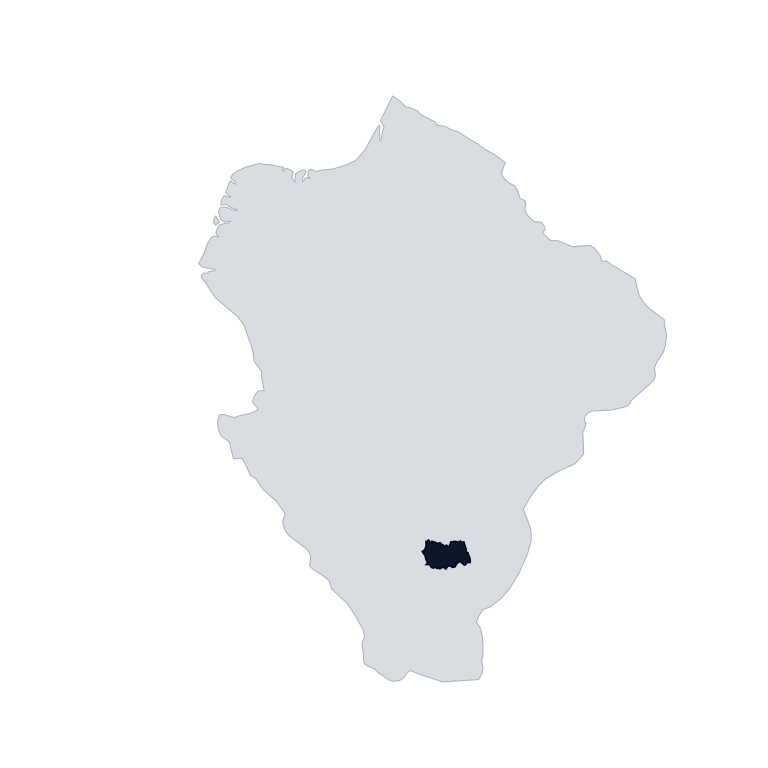 Fune, Yobe, Nigeria (highlighted), rotated 119°
{"feature_id": "59680162B1470225488806", "entity_name": "Fune", "entity_type": "district", "adm_level": 2, "iso_a3": "NGA", "parent_name": "Nigeria", "parent_adm1": "Yobe", "projection": "robinson", "projection_center": [11.324, 11.889], "detail": "fine", "context": "in_parent", "style": "filled", "palette": "ink", "viewbox_px": 768, "rotation_deg": 119, "n_neighbors": 0, "source": "geoboundaries", "source_scale": "gbopen_adm2", "svg_char_len": 6810}
<svg xmlns="http://www.w3.org/2000/svg" viewBox="0 0 768 768"><g transform="rotate(119 384 384)"><path d="M596.6,157.9L616.2,188.5L620.4,211.2L622.0,222.4L625.3,223.7L631.4,224.3L635.8,226.6L638.5,230.3L640.2,233.8L640.5,235.8L639.2,249.5L637.7,254.4L638.6,261.1L638.4,264.0L637.7,266.0L635.0,268.2L631.3,270.4L622.4,276.9L619.9,277.9L616.2,278.0L612.9,279.6L609.1,283.2L600.9,296.2L593.9,309.3L588.7,330.5L582.5,337.1L581.4,342.9L580.5,356.2L579.5,360.1L578.5,361.3L571.8,363.8L567.9,366.9L565.6,372.8L562.7,393.2L561.6,396.6L559.4,400.1L556.0,403.9L553.1,406.0L545.4,407.4L538.1,422.7L538.0,425.4L534.7,439.3L529.1,449.8L528.7,456.5L521.7,465.8L518.0,472.0L521.8,478.6L522.1,479.7L510.0,490.8L509.2,492.4L508.8,500.1L507.8,502.2L505.6,505.0L502.3,508.1L499.0,510.5L495.2,512.2L491.6,512.8L489.6,511.8L488.4,509.5L486.4,500.1L485.4,498.1L483.0,496.3L473.7,485.9L468.1,482.3L466.9,482.5L465.9,483.5L464.3,488.7L462.7,490.7L459.8,491.3L454.6,491.4L450.8,490.6L450.0,489.6L448.2,485.5L436.6,495.0L432.5,497.1L427.3,508.2L420.0,513.7L415.0,518.6L401.5,533.7L398.8,538.2L396.1,544.9L390.3,573.4L381.0,591.2L379.7,595.0L379.2,594.8L377.9,596.5L374.3,595.4L372.7,592.1L370.5,591.6L366.6,586.7L365.8,587.5L369.9,599.8L368.4,604.6L357.0,604.7L347.2,606.4L340.4,606.2L337.0,604.5L335.5,599.9L335.0,600.3L334.6,602.8L332.5,604.7L324.9,605.1L321.6,602.0L318.9,598.4L316.0,596.9L316.4,598.4L319.7,601.8L319.3,606.7L313.2,612.5L309.3,612.8L307.0,610.3L305.7,606.3L305.1,600.3L303.5,596.5L302.7,596.5L303.7,602.9L303.7,608.9L306.6,613.6L302.2,615.1L296.8,615.2L296.2,613.5L295.5,609.6L294.6,608.6L293.5,615.2L282.5,617.0L280.9,616.7L280.6,615.5L281.4,613.7L281.2,610.8L278.8,613.0L278.4,617.6L277.0,618.3L272.9,617.7L268.3,615.3L260.9,609.6L251.8,600.2L250.4,596.0L247.8,590.9L243.1,576.7L243.9,576.1L246.0,576.8L247.0,575.5L243.3,574.5L242.5,573.5L242.3,570.4L242.4,566.5L248.2,564.5L249.5,562.2L250.3,559.9L243.2,563.4L236.6,559.4L235.2,557.0L235.9,555.1L243.6,555.0L246.3,553.1L244.6,552.5L241.7,552.6L240.6,551.4L240.7,548.5L239.8,549.1L238.5,551.7L234.1,553.6L231.5,551.7L231.2,547.5L230.7,545.6L228.5,544.1L220.7,532.9L211.0,523.6L202.3,517.2L189.1,514.1L161.6,514.2L160.1,513.3L161.8,511.8L164.2,510.9L173.1,505.7L171.6,505.0L162.4,508.2L159.2,508.5L155.1,514.8L128.0,516.1L128.1,513.3L129.3,505.1L131.1,499.4L129.2,492.5L128.8,486.3L130.0,484.4L130.4,482.0L130.2,466.0L131.6,463.7L131.7,462.1L128.9,455.2L129.0,450.0L128.4,445.0L127.5,442.7L128.7,423.2L128.4,418.3L129.3,414.9L129.8,406.5L129.7,398.3L131.6,385.3L143.2,383.6L146.1,378.5L147.7,372.0L147.2,365.6L151.0,360.0L155.6,355.1L155.4,349.7L156.7,348.0L158.9,346.7L161.9,346.1L165.4,343.4L167.4,338.6L169.3,331.0L166.4,325.7L166.4,324.5L167.6,321.7L169.4,318.9L170.9,317.9L174.2,318.7L175.3,317.5L177.6,309.2L177.4,306.9L174.3,301.3L172.7,286.1L171.8,284.1L169.4,281.4L163.0,270.7L163.1,265.6L165.9,259.1L167.7,256.0L170.2,254.3L170.7,252.8L170.0,250.9L168.7,249.6L168.5,246.7L169.7,242.6L169.4,238.1L170.2,215.3L175.5,210.8L183.2,203.3L187.1,195.5L189.2,189.6L191.9,170.0L196.0,167.8L203.7,160.7L214.2,156.5L220.9,155.2L232.8,156.0L238.8,155.3L244.0,151.4L246.3,150.4L249.6,149.7L279.1,159.9L281.8,159.5L284.1,160.1L287.8,162.8L296.4,172.3L305.5,187.1L308.4,190.2L311.2,191.9L314.1,192.5L316.3,192.3L318.4,190.9L321.3,188.1L325.7,186.8L329.2,187.1L347.7,175.8L349.5,175.7L360.8,178.1L376.2,189.4L388.8,196.8L397.7,199.3L408.1,201.0L425.8,201.6L439.3,185.7L444.2,182.3L450.2,179.1L462.7,176.2L483.3,174.2L502.7,175.0L514.8,177.8L527.5,183.0L532.9,187.9L541.5,188.7L547.7,187.7L549.7,182.8L555.9,176.4L565.2,170.4L572.7,166.2L578.9,164.3L584.5,159.6L588.9,158.0L596.6,157.9ZM325.6,611.4L321.4,612.9L318.7,612.6L322.5,606.1L324.3,607.5L326.8,608.1L325.6,611.4Z" fill="#d9dde1" stroke="#a8b0b8" stroke-width="1"/><path d="M495.6,257.9L495.7,258.0L495.8,258.1L496.2,258.6L496.4,258.9L496.6,258.9L496.7,259.1L497.3,259.8L497.5,259.9L497.4,260.2L497.4,260.7L497.6,261.0L497.6,261.4L497.6,261.7L497.6,261.8L497.6,262.1L497.5,263.5L498.6,264.2L498.1,265.8L498.5,266.2L500.2,265.0L500.4,265.5L500.5,266.8L499.1,268.6L498.8,269.4L498.9,269.6L499.3,269.7L500.1,270.0L500.7,270.1L501.1,270.6L501.4,271.1L501.6,271.0L501.8,270.9L501.9,270.7L502.0,270.6L502.2,270.4L502.5,270.3L502.7,270.2L502.9,270.0L503.5,269.9L503.7,269.7L503.8,269.7L504.0,269.6L504.2,269.4L504.4,269.2L504.8,268.8L505.3,268.5L505.7,268.7L506.2,268.6L506.7,268.5L506.8,267.8L507.0,267.8L507.3,267.8L507.5,268.3L508.0,268.3L508.0,267.9L509.2,267.7L509.7,268.2L509.9,268.2L510.0,268.3L510.1,268.5L510.4,268.7L510.7,268.8L511.2,269.1L511.6,269.3L511.9,269.4L513.0,267.7L514.3,264.7L515.5,263.9L516.2,263.2L516.7,262.8L518.7,260.2L519.6,259.1L521.5,259.7L520.6,257.8L519.9,256.6L520.9,254.8L521.0,254.6L521.5,253.6L521.2,251.7L520.9,251.4L520.2,250.8L519.4,250.3L519.6,249.4L519.6,248.6L519.4,247.8L519.1,247.3L518.7,246.7L518.8,245.8L518.6,245.6L518.0,245.0L517.6,244.8L517.0,244.6L516.3,244.3L515.6,243.2L516.0,240.5L515.5,239.9L515.0,240.0L514.1,240.1L513.7,240.0L511.1,238.9L511.2,237.9L511.3,235.4L511.1,234.9L509.3,233.1L506.5,233.2L506.1,233.1L502.9,232.1L502.7,231.4L502.8,228.9L503.1,227.9L503.3,227.1L503.4,226.3L503.3,225.5L501.8,224.8L499.5,224.6L499.4,224.6L499.0,223.1L498.5,222.1L498.1,222.4L497.6,222.5L497.3,222.6L496.8,222.8L494.7,224.2L494.5,224.6L494.2,224.9L494.0,225.1L493.7,225.4L493.5,225.6L493.3,225.8L493.1,226.2L492.6,227.3L492.0,227.6L491.8,228.0L491.2,228.2L490.7,229.1L491.2,229.6L491.4,229.7L491.4,230.1L490.8,230.7L490.7,230.7L490.5,230.8L490.3,231.1L489.9,231.4L489.5,231.6L489.2,231.9L488.7,232.0L487.9,232.4L487.8,232.7L487.7,232.9L487.2,233.9L486.5,234.2L486.1,234.5L485.5,235.4L484.9,236.3L484.4,236.5L483.6,237.0L483.3,237.8L484.6,239.0L484.4,239.6L484.9,240.1L484.5,240.6L484.4,240.6L484.1,241.0L484.8,241.3L485.1,241.2L485.6,242.3L485.9,242.4L486.5,242.8L486.7,243.1L486.6,243.8L486.6,244.4L487.0,245.1L487.4,245.7L487.6,245.9L487.6,246.0L487.5,246.3L487.5,246.5L487.9,246.4L488.0,246.5L488.3,246.9L488.5,246.8L488.8,247.5L488.9,247.9L489.2,248.0L489.6,248.4L489.5,248.8L489.7,249.1L490.4,248.9L490.3,248.5L490.8,248.2L491.2,248.7L491.5,248.4L491.8,248.3L492.1,248.3L492.3,248.2L492.5,248.1L492.9,248.5L493.1,248.3L493.1,247.9L493.4,247.8L494.0,248.3L494.8,247.8L495.3,247.8L495.5,248.1L495.4,248.2L495.2,248.2L495.2,248.3L495.3,248.6L494.9,248.9L495.1,249.3L495.1,249.5L494.9,249.6L494.8,249.8L494.8,250.0L494.8,250.3L494.7,250.5L494.6,250.8L494.6,251.2L494.8,251.4L495.0,251.6L495.3,251.7L495.6,251.3L495.7,251.2L495.8,251.1L496.0,251.3L496.1,251.6L496.0,252.0L496.7,252.3L496.6,252.7L496.6,252.8L496.7,253.1L496.5,253.3L496.4,253.4L496.3,253.5L496.2,253.7L496.1,253.8L496.1,254.1L496.4,254.4L496.5,254.6L496.1,254.9L496.1,255.1L496.5,255.2L496.4,255.8L496.2,256.2L495.7,256.8L495.8,257.1L495.6,257.9Z" fill="#0f172a" stroke="#020617" stroke-width="1.5"/></g></svg>